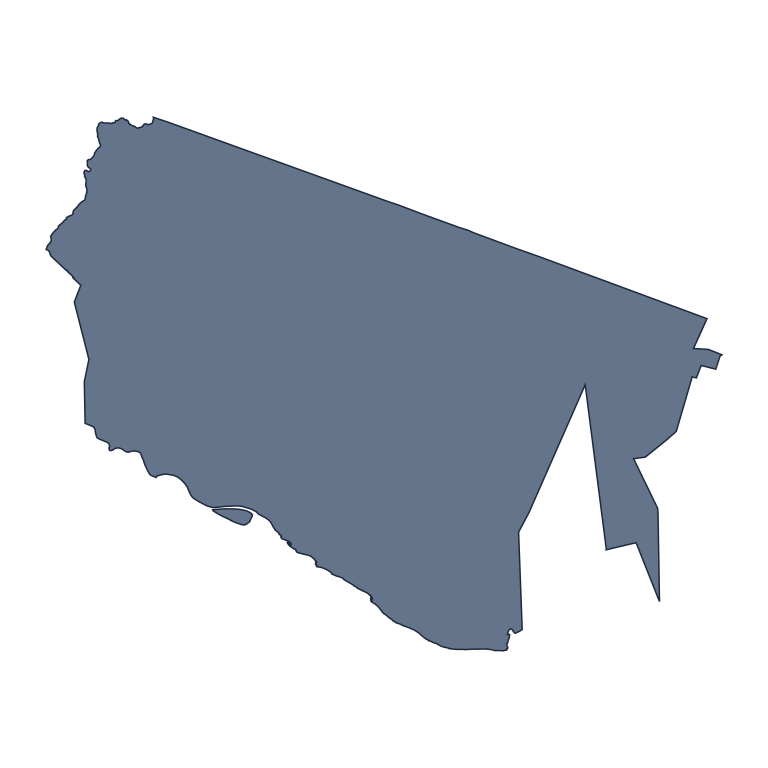 San Luis Río Colorado, Sonora, Mexico (Robinson projection)
{"feature_id": "50627088B17136177006846", "entity_name": "San Luis Río Colorado", "entity_type": "district", "adm_level": 2, "iso_a3": "MEX", "parent_name": "Mexico", "parent_adm1": "Sonora", "projection": "robinson", "projection_center": [-114.67, 31.992], "detail": "fine", "context": "isolated", "style": "filled", "palette": "slate", "viewbox_px": 768, "rotation_deg": 0, "n_neighbors": 0, "source": "geoboundaries", "source_scale": "gbopen_adm2", "svg_char_len": 5990}
<svg xmlns="http://www.w3.org/2000/svg" viewBox="0 0 768 768"><path d="M156.1,477.5L157.2,475.8L159.1,475.5L161.1,474.8L165.0,474.1L167.5,474.3L173.4,475.3L177.0,476.7L178.6,477.7L181.0,479.6L184.9,483.6L187.4,487.3L189.4,492.3L190.7,494.9L192.3,497.1L193.9,498.6L199.3,501.9L207.2,506.0L211.9,507.3L213.8,507.5L217.5,507.3L224.1,506.5L235.4,505.9L240.2,506.1L243.6,506.8L251.7,509.3L255.5,511.4L256.6,511.8L257.0,512.7L258.6,514.2L263.3,516.7L265.3,517.6L269.5,520.7L271.4,523.4L273.3,527.1L274.7,529.0L274.7,529.4L275.0,529.9L278.8,532.9L278.8,533.6L279.4,534.6L280.5,535.0L281.3,535.6L281.5,536.0L281.4,536.4L280.8,536.8L280.8,537.0L281.5,537.7L281.5,538.5L282.9,539.1L284.9,539.7L285.1,540.0L288.2,541.0L289.6,541.9L290.5,542.8L291.1,543.7L291.2,544.4L290.9,544.9L290.5,544.5L289.6,544.1L288.0,542.5L287.3,542.5L287.4,543.0L288.4,544.5L289.0,544.9L289.1,545.4L289.8,545.8L289.8,546.1L291.0,546.7L290.9,546.8L293.3,548.4L293.6,548.8L294.9,549.3L294.7,549.0L295.1,549.1L295.6,549.5L296.1,550.2L296.0,550.6L296.3,551.5L297.0,552.2L297.4,552.5L303.9,554.3L308.3,555.2L310.7,556.2L313.7,558.6L315.3,560.5L316.2,561.2L316.5,562.2L316.2,562.7L315.9,562.6L315.7,562.3L315.6,563.2L316.6,565.1L316.2,565.0L316.6,565.5L316.3,565.9L316.4,566.1L316.9,566.7L321.1,567.4L324.1,568.4L326.6,569.6L329.9,571.6L332.7,574.0L331.7,573.6L331.6,573.8L336.1,575.9L338.1,576.4L338.1,576.5L339.0,576.7L341.9,577.7L343.0,578.4L343.0,578.6L343.6,579.0L343.9,579.6L353.4,585.1L353.5,585.7L356.1,586.8L357.3,587.9L356.6,587.5L356.3,587.5L357.3,588.0L358.4,588.8L361.7,590.1L361.6,590.4L366.4,592.5L368.1,593.6L368.8,594.4L370.9,595.9L372.1,597.5L372.3,598.6L371.9,600.2L371.6,599.5L371.5,598.3L371.6,598.0L371.3,597.6L371.2,596.6L370.8,596.0L370.7,596.9L371.3,598.0L371.1,598.2L371.2,599.4L371.8,600.9L372.4,601.7L370.8,600.0L371.0,601.2L371.4,601.7L372.9,602.8L375.4,604.2L376.1,605.0L377.1,605.6L379.0,607.5L380.5,609.8L381.7,611.0L381.8,611.5L383.4,613.3L386.5,615.4L389.1,617.8L391.8,619.5L392.8,620.8L393.4,620.9L395.0,621.9L395.7,622.4L395.6,622.5L396.2,622.9L399.9,624.0L403.0,625.6L408.9,627.7L414.7,630.3L419.7,633.6L420.7,634.8L424.4,637.8L425.3,638.4L425.3,638.6L428.5,640.3L428.7,640.8L430.4,641.1L431.3,641.5L432.5,642.3L433.5,642.4L434.6,643.2L435.3,643.2L437.2,644.0L439.9,645.6L442.2,646.6L445.0,647.4L447.6,647.9L449.3,648.4L449.2,648.6L451.8,649.0L457.3,649.4L463.5,649.4L464.7,649.6L472.3,649.2L485.2,649.0L490.7,649.5L493.6,650.3L495.6,650.7L499.3,650.5L503.4,650.8L505.8,650.1L506.2,650.3L506.6,649.8L506.6,649.1L507.3,649.1L507.6,648.8L507.4,648.5L507.5,647.8L507.8,647.1L506.6,645.0L507.1,643.6L507.5,643.3L507.4,642.8L507.5,642.3L508.0,641.8L508.2,639.8L508.9,638.6L509.2,637.7L509.4,636.4L509.7,635.0L509.7,634.6L509.1,634.3L507.4,634.5L508.3,631.4L509.0,630.0L510.6,628.7L513.0,630.2L513.1,631.3L514.6,632.9L515.3,633.3L515.5,633.1L518.8,631.7L522.2,629.6L518.6,532.1L528.8,513.0L585.2,384.8L606.3,549.1L606.1,549.8L636.1,542.7L659.5,601.6L658.0,513.0L657.7,508.4L633.6,458.7L645.3,457.1L667.0,439.6L676.3,431.3L691.3,380.0L692.0,376.9L696.4,377.9L701.2,365.5L715.8,369.2L720.0,356.2L721.9,354.8L708.3,349.4L693.5,348.5L707.0,318.7L539.6,256.8L515.6,248.3L474.0,232.9L468.0,230.2L459.3,227.5L421.9,213.9L399.2,205.3L388.2,201.6L166.7,121.7L153.8,117.4L153.3,117.2L153.5,118.8L153.4,119.4L152.3,122.9L151.2,123.9L148.0,124.6L145.8,123.8L144.8,123.9L143.7,124.5L143.2,125.6L142.3,126.4L142.2,126.9L141.8,127.1L139.3,127.5L138.6,128.0L138.2,127.9L137.7,128.1L136.4,127.8L135.3,126.8L134.2,126.4L133.9,125.9L132.4,125.8L130.0,124.2L129.1,124.0L129.3,123.4L128.6,123.1L128.2,121.2L127.2,120.5L126.5,119.7L125.9,119.7L125.6,120.1L124.7,119.9L124.0,118.7L123.2,118.2L121.8,118.1L120.5,118.4L120.0,118.9L119.0,119.4L118.2,120.4L117.7,120.7L115.9,120.5L115.4,121.1L115.1,122.3L114.6,122.8L112.9,122.7L111.6,123.5L107.9,122.9L104.3,123.1L101.7,122.1L100.6,122.5L98.9,123.7L98.2,126.0L97.1,127.9L97.0,130.8L97.7,134.6L97.5,136.6L98.6,138.9L99.2,141.8L99.8,143.6L100.5,144.5L100.5,145.4L100.1,146.7L98.0,148.4L96.1,150.7L94.6,153.2L94.1,155.4L93.0,156.9L90.3,159.5L89.9,159.7L88.4,159.5L87.1,161.0L87.4,161.5L87.3,164.9L87.5,165.8L87.7,166.4L88.4,167.3L89.1,167.9L89.8,168.1L90.7,169.0L90.6,170.1L90.2,170.7L89.0,171.5L88.0,171.5L86.5,170.3L86.0,170.3L84.6,170.8L84.4,171.5L84.0,172.1L84.1,172.5L83.9,172.8L84.2,173.3L84.3,174.1L84.8,175.4L84.4,176.1L84.7,176.6L85.5,177.3L85.3,178.2L85.9,178.8L86.3,179.6L85.7,185.3L85.8,186.2L86.3,187.2L86.8,188.9L86.9,191.3L86.5,192.3L86.6,192.7L86.8,192.8L85.9,194.9L85.4,196.9L85.2,198.6L84.8,199.8L84.0,200.6L82.1,201.5L78.7,204.6L77.5,206.7L76.6,207.4L75.4,208.8L74.2,209.6L73.4,210.9L72.9,213.1L73.0,213.5L72.7,214.2L71.8,215.0L70.7,215.6L70.0,215.7L66.4,217.5L66.3,217.8L66.6,218.6L66.4,219.0L64.5,220.3L63.8,221.2L62.0,223.1L58.6,225.8L58.1,227.8L57.9,228.3L57.0,229.1L55.8,229.8L55.1,230.8L53.5,232.2L50.7,236.3L50.7,236.8L51.1,237.8L51.2,241.0L50.3,242.4L47.6,245.5L46.1,249.6L47.8,250.1L48.7,250.7L49.4,251.7L50.4,255.0L51.0,256.1L66.6,270.7L67.2,270.2L68.6,273.1L68.6,272.5L73.4,277.0L73.2,277.2L73.5,277.4L73.0,277.9L80.8,285.3L74.3,302.1L88.9,359.4L84.3,381.6L85.1,423.4L91.7,426.0L93.3,426.9L94.2,427.8L95.1,429.7L95.4,432.6L96.5,436.5L96.9,437.4L97.4,438.1L101.3,440.0L102.5,440.2L104.2,441.2L106.6,442.0L108.3,443.1L109.1,444.3L109.6,445.6L109.6,446.7L109.0,447.9L109.0,449.1L109.6,450.3L110.1,450.6L111.4,450.6L112.5,450.2L114.9,448.5L115.5,448.3L117.4,447.9L118.6,447.9L120.2,448.3L121.9,449.0L125.6,451.5L127.1,452.1L129.0,452.1L132.0,451.1L133.7,451.0L136.1,451.2L138.2,451.7L139.9,452.6L140.6,453.5L141.1,454.4L142.0,457.4L143.3,459.7L144.6,464.2L147.7,471.0L149.5,473.9L150.8,475.3L156.1,477.5ZM223.9,508.9L212.7,509.7L213.3,511.0L217.3,513.5L222.1,516.1L228.9,519.3L232.3,521.2L236.4,522.9L241.9,524.7L244.0,525.0L245.0,524.8L246.4,524.2L248.7,522.5L250.0,521.2L250.8,518.9L252.2,516.3L252.0,515.5L252.5,514.7L250.9,513.1L247.7,511.3L244.9,510.4L239.4,509.3L233.3,508.9L223.9,508.9Z" fill="#64748b" stroke="#1e293b" stroke-width="1.5"/></svg>